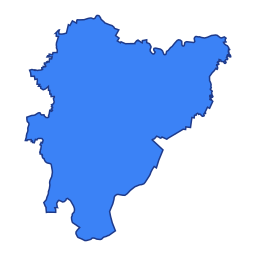 Jamapa, Veracruz, Mexico
{"feature_id": "50627088B37468936058188", "entity_name": "Jamapa", "entity_type": "district", "adm_level": 2, "iso_a3": "MEX", "parent_name": "Mexico", "parent_adm1": "Veracruz", "projection": "orthographic", "projection_center": [-96.25, 18.99], "detail": "fine", "context": "isolated", "style": "filled", "palette": "blue", "viewbox_px": 256, "rotation_deg": 0, "n_neighbors": 0, "source": "geoboundaries", "source_scale": "gbopen_adm2", "svg_char_len": 5576}
<svg xmlns="http://www.w3.org/2000/svg" viewBox="0 0 256 256"><path d="M100.2,239.5L101.6,239.1L103.3,237.4L104.1,237.0L106.7,236.3L107.6,235.6L108.7,235.5L115.4,230.8L112.3,222.9L110.6,216.6L109.6,211.5L112.8,203.8L114.0,199.2L114.2,197.2L115.2,195.6L116.9,194.5L118.2,194.4L122.7,195.2L124.9,195.3L127.2,193.7L130.3,190.4L134.8,186.8L139.7,184.8L141.6,184.6L143.8,183.8L145.1,182.4L149.1,176.2L150.0,174.6L151.0,171.9L152.4,169.2L154.2,166.5L156.4,167.9L158.8,160.1L163.0,149.9L152.2,139.9L153.0,139.2L154.4,138.8L156.7,136.2L159.0,137.2L159.8,137.8L160.5,138.1L161.5,137.7L162.0,137.0L166.8,139.2L168.2,138.1L183.2,129.2L185.6,129.5L185.9,126.9L190.5,127.5L191.9,117.5L194.2,117.9L194.5,115.3L196.2,115.1L196.3,114.1L197.5,113.3L197.9,113.4L198.6,114.4L199.9,114.0L202.3,116.3L203.6,116.1L204.2,115.7L203.8,114.4L204.1,113.6L205.5,113.5L205.6,113.1L204.9,112.6L207.5,107.2L209.6,108.3L212.8,101.3L211.7,100.3L211.5,99.7L210.6,99.9L209.8,99.4L209.8,99.1L210.8,98.7L210.0,97.2L209.7,96.4L209.8,95.5L210.8,95.1L211.3,95.3L211.0,97.0L211.7,97.5L212.5,97.2L212.9,96.5L211.9,94.5L211.6,92.1L212.2,91.4L211.9,90.7L210.4,89.6L210.3,89.0L211.3,87.8L210.9,86.7L211.1,84.5L210.6,82.8L209.6,80.6L209.5,76.5L212.3,72.6L213.8,71.2L216.0,68.2L216.4,68.5L216.7,69.2L217.1,69.4L217.3,69.2L217.7,67.9L217.2,65.9L216.6,65.5L216.7,64.7L218.3,64.6L218.9,64.1L217.4,62.3L218.0,61.7L218.6,62.0L219.3,61.5L219.0,60.4L219.1,59.5L220.8,60.1L221.0,61.4L223.4,61.7L224.5,63.3L225.2,63.4L226.0,62.7L226.0,62.1L224.8,61.0L225.7,59.8L226.2,59.4L227.0,59.7L227.6,59.3L227.7,58.8L227.5,58.2L226.5,57.5L227.0,56.3L227.9,56.5L228.2,56.1L228.0,55.5L227.3,55.1L227.6,54.6L228.3,54.6L228.6,54.8L228.8,55.4L230.0,57.0L230.7,56.8L230.7,56.1L230.0,54.7L228.8,53.4L229.0,52.1L228.9,52.0L228.3,51.9L228.5,50.0L229.4,49.9L229.7,49.6L229.5,49.2L228.6,48.7L228.7,47.8L228.6,47.5L227.3,45.7L226.3,45.3L225.0,44.4L224.0,43.3L223.5,42.3L226.0,41.9L225.9,41.7L225.2,41.8L225.3,39.0L226.0,38.5L226.0,38.1L224.3,36.9L221.6,37.9L220.8,37.8L220.3,37.7L217.2,35.3L215.6,35.0L211.5,35.5L207.3,37.3L204.6,38.0L201.6,37.5L199.5,36.8L198.5,36.9L196.3,36.5L195.5,36.6L194.6,37.5L194.2,38.7L194.8,41.5L194.3,42.2L193.6,42.5L186.7,41.7L185.5,42.1L184.8,42.7L184.2,45.6L183.4,46.1L182.4,45.8L181.9,44.7L181.7,41.3L180.2,40.1L178.5,39.8L177.1,40.5L174.5,43.4L172.1,46.5L170.5,47.6L169.8,48.5L168.2,50.5L166.6,51.4L166.1,53.8L165.6,54.5L164.6,54.7L163.9,54.4L162.5,50.9L161.4,49.8L160.3,49.1L155.7,48.1L154.2,48.3L153.8,48.8L153.7,49.9L154.2,50.9L155.2,52.0L154.6,53.1L154.1,53.8L153.5,54.0L152.8,53.9L152.0,53.4L150.3,51.3L150.1,49.5L151.0,47.3L151.0,46.5L149.5,43.7L146.7,42.6L146.7,39.8L142.4,40.6L142.2,42.8L141.1,42.3L139.3,40.9L138.0,40.7L137.9,40.1L136.6,40.8L134.5,43.4L134.6,43.6L125.4,43.7L121.0,41.8L120.4,42.8L117.3,40.9L119.1,38.1L115.6,35.6L118.8,29.9L114.5,28.4L113.9,27.1L112.1,25.6L109.3,24.7L104.8,22.9L104.0,21.9L101.3,19.5L100.9,19.0L100.6,18.0L99.3,16.0L98.7,15.6L97.1,15.4L96.2,16.1L94.9,18.3L93.7,18.8L93.1,18.7L91.3,18.0L90.4,18.0L88.2,18.4L84.1,19.7L79.5,19.9L77.2,19.8L76.8,20.6L76.5,23.1L72.4,20.9L69.9,25.5L68.4,24.7L66.4,33.1L63.9,33.8L61.8,34.1L59.1,34.0L58.7,32.0L59.3,30.0L58.5,30.2L55.8,33.0L56.2,32.9L56.3,36.3L58.5,36.5L56.5,42.8L56.3,45.0L56.6,47.0L56.4,47.8L56.6,48.4L57.3,49.8L57.1,52.5L53.0,52.6L52.5,54.7L49.2,54.1L49.0,55.7L47.6,55.8L47.0,56.9L52.1,56.9L51.6,58.9L49.5,58.8L49.2,61.5L49.0,62.0L47.6,61.4L46.8,61.8L47.3,62.4L47.0,62.6L46.4,62.9L44.4,63.0L44.3,63.5L44.6,64.8L45.4,64.9L45.7,66.5L44.8,66.9L43.2,66.4L43.0,67.6L41.8,67.7L41.9,68.9L42.4,69.5L40.6,70.1L38.5,70.2L37.7,70.5L35.1,69.9L35.1,70.4L34.7,70.4L33.9,70.0L31.9,69.5L29.6,70.2L30.6,72.7L31.0,76.3L34.4,76.3L34.9,79.5L37.1,79.0L37.4,80.1L37.0,84.2L39.7,84.5L38.5,86.2L40.7,86.4L40.7,88.2L43.2,89.8L45.5,88.9L48.4,86.4L48.5,90.4L49.7,90.4L49.9,94.1L51.0,94.1L51.1,96.6L54.3,96.5L54.4,97.1L53.4,98.7L54.2,101.9L53.5,103.7L51.5,104.8L52.4,106.0L51.5,106.7L52.6,107.8L51.2,109.1L52.4,110.1L52.5,110.5L51.5,111.3L50.3,110.5L50.0,111.0L49.7,110.7L49.2,113.8L48.5,115.9L48.8,116.4L48.6,117.1L47.8,117.6L46.0,117.5L44.3,115.9L44.2,115.0L43.9,114.8L41.6,114.9L41.1,114.6L40.4,113.7L40.1,112.9L39.2,112.7L38.1,113.0L34.9,115.0L33.8,115.3L31.6,115.5L26.8,117.2L26.9,119.6L27.3,121.6L28.7,122.9L29.0,124.4L27.8,128.0L27.9,130.6L27.4,132.4L26.8,133.7L26.3,136.2L26.4,136.9L25.3,140.5L27.1,140.6L27.4,139.8L31.2,139.6L31.2,141.4L32.4,141.0L32.5,142.5L34.3,142.8L35.4,139.4L36.9,139.9L37.4,138.9L38.1,138.5L40.8,138.4L42.0,138.6L43.1,140.2L42.4,142.9L41.2,142.3L40.7,143.7L40.1,144.4L40.2,145.0L41.3,145.4L40.8,149.2L40.5,149.3L40.2,151.4L40.0,151.5L39.8,152.2L40.2,152.4L40.0,153.9L42.0,154.4L42.2,154.8L42.0,155.1L42.4,155.4L42.2,156.1L42.4,157.2L43.1,158.3L44.1,158.6L44.2,159.4L45.4,161.7L47.1,162.9L50.5,163.7L51.0,164.2L51.3,164.9L52.3,170.7L52.4,172.5L51.7,176.7L50.1,180.2L49.7,181.8L49.6,182.9L49.9,185.0L49.3,188.9L48.4,191.6L48.4,193.2L48.1,194.4L46.9,197.3L46.3,199.7L43.8,202.6L45.3,206.3L46.1,207.5L46.0,208.2L46.4,212.4L47.8,212.2L55.7,212.3L55.7,209.7L54.8,207.7L57.4,207.6L57.0,207.2L57.2,206.3L56.9,205.2L56.7,203.2L58.1,200.9L58.9,200.7L58.9,200.4L59.6,200.5L62.7,202.0L64.3,201.6L65.9,200.2L66.1,199.3L66.4,198.8L67.7,198.4L67.9,198.8L69.9,200.1L70.6,200.8L73.6,206.1L74.4,208.4L74.5,210.4L74.0,212.2L72.6,213.6L72.2,214.3L72.3,215.0L72.1,215.9L71.5,217.2L71.6,219.3L72.2,221.9L72.6,222.6L79.7,227.5L77.5,229.8L76.0,232.0L76.0,233.8L77.4,236.6L78.0,237.4L82.2,239.2L84.9,240.6L86.7,240.5L90.6,239.4L91.3,239.0L92.1,238.1L93.2,238.0L94.6,238.2L96.7,239.1L100.2,239.5Z" fill="#3b82f6" stroke="#1e3a8a" stroke-width="1.5"/></svg>